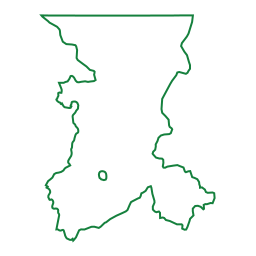 the Region of Koulikoro
{"feature_id": "MLI-4860", "entity_name": "Koulikoro", "entity_type": "Region", "adm_level": 1, "iso_a3": "MLI", "parent_name": "Mali", "parent_adm1": "", "projection": "orthographic", "projection_center": [-7.926, 13.476], "detail": "fine", "context": "isolated", "style": "outline", "palette": "green", "viewbox_px": 256, "rotation_deg": 0, "n_neighbors": 0, "source": "natural_earth", "source_scale": "10m", "svg_char_len": 4384}
<svg xmlns="http://www.w3.org/2000/svg" viewBox="0 0 256 256"><path d="M49.6,199.8L49.2,199.2L49.0,198.6L48.5,197.7L48.3,197.2L48.4,195.7L49.0,194.5L49.7,193.4L50.2,192.2L50.1,191.0L49.5,189.7L48.6,188.7L46.7,187.7L47.0,187.4L47.7,186.6L45.8,185.3L48.1,181.1L50.3,179.4L52.4,177.6L54.2,174.1L56.2,173.0L58.7,172.6L61.2,171.9L63.4,170.5L64.7,168.6L65.6,167.8L70.2,165.4L69.5,164.1L68.7,163.3L68.2,162.4L68.2,161.0L68.8,159.7L71.2,155.8L71.6,154.2L71.7,152.9L71.2,149.9L71.2,149.1L71.5,148.5L71.8,147.9L72.0,147.2L72.2,143.7L72.5,142.5L72.9,141.9L73.8,140.8L74.1,140.2L74.3,139.5L74.5,138.3L75.5,134.9L75.9,134.2L76.3,133.6L76.6,133.4L77.0,133.2L77.6,132.9L78.2,132.1L78.3,131.0L78.2,129.9L77.9,128.8L77.3,127.9L75.8,126.3L75.2,124.8L74.8,124.2L74.2,123.7L73.7,123.3L73.4,122.9L73.3,122.4L72.6,116.5L72.8,115.4L73.4,114.6L74.8,113.1L75.3,112.5L76.2,110.7L76.8,110.0L77.4,109.4L77.9,108.7L78.1,107.8L78.0,107.0L78.3,105.8L78.2,105.0L77.5,103.2L76.5,102.1L75.0,101.5L73.2,101.6L72.1,101.9L71.7,102.4L71.5,103.8L70.6,105.6L70.6,106.3L71.3,106.5L70.6,107.8L69.2,108.0L64.6,107.2L63.6,106.3L62.0,103.5L61.5,104.1L61.1,104.1L60.7,103.8L60.4,103.1L60.1,102.6L59.6,102.4L59.1,102.3L58.6,102.1L56.9,100.6L56.6,100.1L56.4,99.4L56.6,99.2L56.9,99.0L57.2,98.6L57.5,97.5L57.7,97.1L58.1,96.5L58.4,95.6L58.2,93.7L58.4,92.9L59.6,92.5L60.6,92.8L61.4,92.8L61.7,91.2L61.7,89.9L61.4,88.8L59.0,82.8L63.7,82.8L65.4,82.0L67.6,81.4L69.4,78.8L70.6,76.1L71.9,75.9L73.0,76.5L74.1,77.7L75.7,80.7L77.2,82.1L78.8,82.3L81.2,81.8L85.1,81.3L88.0,81.9L90.4,81.5L93.9,81.1L95.6,80.0L95.3,79.0L94.1,74.7L94.4,73.4L94.6,71.7L93.8,70.9L89.9,69.9L86.5,66.5L83.2,64.1L77.7,60.0L76.6,58.0L76.8,54.9L77.1,50.1L76.2,46.4L75.4,45.2L72.0,44.5L66.3,44.1L62.8,41.7L60.3,35.1L59.9,30.8L59.5,29.5L57.1,26.8L49.5,22.6L48.0,21.1L45.1,18.8L42.4,16.6L41.4,15.4L48.0,15.5L48.8,15.5L53.8,15.5L57.4,15.5L61.4,15.5L65.7,15.5L70.3,15.5L77.5,15.6L85.1,15.6L93.3,15.6L101.8,15.6L110.5,15.6L119.5,15.6L128.6,15.6L137.8,15.6L147.1,15.6L156.2,15.5L165.2,15.5L173.9,15.5L182.4,15.4L190.5,15.4L192.9,15.4L192.1,22.0L188.5,33.6L186.9,36.5L181.9,43.1L181.1,46.1L184.3,51.6L187.0,55.2L188.9,61.8L190.0,65.1L190.0,68.8L188.6,70.7L187.5,72.8L185.9,73.8L179.2,72.0L177.3,72.5L176.3,75.2L172.1,80.8L170.2,84.0L162.2,98.9L161.5,109.1L162.2,112.8L165.4,116.0L168.6,119.7L169.1,125.3L169.7,126.9L171.6,128.3L172.2,129.3L170.8,133.2L169.2,134.1L164.1,134.5L160.9,135.5L158.5,137.8L157.5,141.0L155.7,144.4L155.8,146.4L155.2,149.7L153.2,151.7L152.6,153.7L153.3,154.6L156.0,157.6L159.3,158.5L162.0,158.6L163.2,159.7L163.4,162.8L162.8,166.4L163.5,167.6L165.1,167.7L167.4,166.6L173.5,165.6L177.4,165.1L179.8,166.1L183.5,167.5L184.9,171.5L185.9,172.2L188.4,171.3L190.2,171.1L191.0,173.5L192.2,177.1L194.5,177.9L197.3,179.2L199.1,182.1L199.3,184.3L200.0,186.2L200.0,187.7L202.0,187.4L204.9,189.6L205.9,192.0L207.7,192.8L212.6,192.5L214.2,193.2L214.6,198.1L212.6,203.2L210.6,203.0L206.9,204.2L205.3,204.1L203.7,204.9L203.9,207.4L204.0,208.8L203.3,209.3L200.7,206.8L197.9,205.8L195.2,206.0L192.8,208.6L192.8,211.2L193.5,215.4L190.1,218.8L189.5,221.1L188.3,224.5L187.5,226.8L186.2,229.5L184.6,229.7L182.2,228.6L182.5,225.3L181.6,224.3L176.9,224.3L169.8,221.0L165.9,220.0L164.2,218.0L162.8,217.5L160.1,218.0L160.0,212.8L158.9,211.5L156.4,212.2L154.8,211.5L152.9,209.6L152.8,206.6L154.5,202.6L154.4,200.7L152.4,193.9L151.4,187.8L150.8,186.2L147.8,187.3L145.6,190.9L143.2,192.5L141.4,193.3L140.6,196.2L139.8,197.7L137.8,198.5L132.4,201.3L131.0,202.1L129.6,205.0L127.5,210.0L125.8,211.4L122.2,213.1L116.4,215.7L110.2,219.1L106.1,222.3L104.7,222.8L100.7,226.7L98.8,227.9L94.2,226.7L91.4,226.8L84.5,229.5L81.0,229.4L79.1,230.3L76.0,237.3L73.9,239.9L73.2,240.6L72.9,239.5L72.6,238.8L71.2,239.9L69.8,239.8L66.8,238.4L66.2,237.6L65.6,236.5L65.1,235.4L64.9,234.4L63.7,230.4L63.0,229.9L62.2,230.0L61.3,230.4L60.2,230.6L59.2,230.3L58.3,229.7L57.4,229.3L56.4,229.4L59.2,215.1L59.1,214.5L58.9,213.9L58.5,213.4L58.2,212.8L58.1,211.6L58.2,210.5L58.0,209.6L57.0,208.7L55.8,208.5L54.6,208.7L53.4,208.6L52.4,207.8L52.2,206.7L52.4,205.5L53.2,203.3L53.3,202.1L52.9,200.8L52.2,199.8L51.3,199.4L50.3,199.8L49.6,199.8ZM103.9,180.1L105.7,179.6L106.3,178.3L106.4,176.7L106.3,175.0L106.0,173.5L105.2,172.2L104.0,171.5L102.6,171.2L101.1,171.3L99.9,171.9L99.2,173.0L98.9,174.6L99.2,176.7L99.7,178.1L100.6,178.6L101.1,179.3L102.1,179.6L103.9,180.1Z" fill="none" stroke="#15803d" stroke-width="2"/></svg>